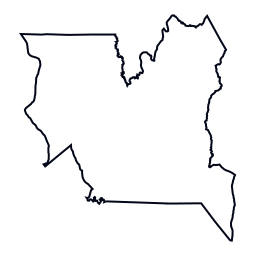 outline of Ngabwe, Central, Zambia
{"feature_id": "96606910B70902538429016", "entity_name": "Ngabwe", "entity_type": "district", "adm_level": 2, "iso_a3": "ZMB", "parent_name": "Zambia", "parent_adm1": "Central", "projection": "equal_earth", "projection_center": [27.56, -14.095], "detail": "fine", "context": "isolated", "style": "outline", "palette": "ink", "viewbox_px": 256, "rotation_deg": 0, "n_neighbors": 0, "source": "geoboundaries", "source_scale": "gbopen_adm2", "svg_char_len": 5710}
<svg xmlns="http://www.w3.org/2000/svg" viewBox="0 0 256 256"><path d="M231.8,240.6L232.5,235.4L232.6,231.5L232.5,230.1L231.1,226.3L231.0,222.6L232.6,217.6L232.7,215.5L233.4,212.4L233.3,211.1L233.7,210.0L234.0,206.9L234.8,205.4L234.8,204.8L234.3,201.4L234.1,201.2L234.1,199.0L233.6,197.9L233.6,196.6L232.8,193.9L231.9,186.3L232.0,185.2L232.6,183.2L233.1,180.5L233.9,178.4L234.0,177.2L235.1,175.0L231.8,172.7L228.3,171.0L226.4,170.5L224.2,169.3L221.4,166.9L219.6,164.6L215.9,165.1L213.6,164.8L211.5,166.1L210.2,167.2L209.7,167.2L209.0,166.6L209.3,165.3L209.6,165.0L209.6,163.7L210.2,162.2L209.9,161.0L210.4,160.1L210.4,159.5L210.1,159.3L210.2,158.4L212.4,156.3L213.0,155.1L212.8,154.5L212.3,154.9L212.0,154.8L211.8,153.5L211.1,152.6L211.9,151.3L210.5,149.9L211.4,148.9L210.8,147.6L211.3,147.0L211.3,144.6L211.7,142.6L211.5,141.4L211.8,140.5L210.9,139.1L211.3,137.4L210.9,136.4L210.8,135.4L207.9,129.9L206.1,129.3L206.5,127.5L205.9,125.7L206.0,124.1L205.1,122.4L205.1,121.6L205.4,121.1L206.6,120.5L206.5,119.6L207.0,118.4L206.8,117.1L207.2,115.6L206.8,115.0L207.0,113.4L207.8,111.9L207.9,111.1L208.5,109.8L208.2,109.3L208.0,107.3L208.3,106.7L208.3,104.7L209.0,103.1L209.1,102.2L209.3,101.9L209.2,100.9L209.6,99.1L210.8,97.8L211.2,96.5L211.2,95.7L212.4,94.4L214.1,93.4L214.4,92.8L215.1,92.2L215.3,91.1L217.9,90.5L218.6,90.2L219.9,88.8L220.5,88.8L220.9,88.0L220.7,87.7L220.8,86.8L221.7,86.0L221.4,84.5L220.4,83.8L219.9,83.0L219.8,81.9L219.4,81.6L219.5,80.6L219.8,80.3L219.7,78.6L220.0,77.6L219.6,77.1L218.6,77.1L218.1,76.7L218.1,75.2L217.7,74.4L217.6,73.5L216.7,72.1L216.3,71.2L216.3,70.2L216.6,69.2L216.2,68.5L215.8,66.1L215.6,65.7L217.6,64.4L218.4,64.2L219.3,64.5L220.1,63.9L220.9,62.2L220.5,60.7L220.6,59.2L221.9,57.3L223.0,56.4L223.8,54.0L224.5,53.1L224.8,51.1L225.6,50.6L226.0,49.7L220.6,40.5L207.1,15.9L204.7,18.9L203.8,21.8L202.9,23.6L202.1,24.1L201.7,24.8L200.9,24.3L199.8,24.2L197.8,26.0L197.0,26.4L196.2,26.4L195.8,27.4L194.4,26.2L192.6,25.9L190.8,26.0L190.6,25.4L190.3,25.2L189.7,25.3L189.3,25.9L188.8,26.1L185.5,25.7L185.2,24.8L184.8,24.3L183.6,23.6L183.0,23.6L183.1,23.4L182.9,23.3L182.9,22.7L182.6,22.6L182.5,22.8L181.9,22.6L181.8,22.8L181.3,22.9L180.6,21.4L179.0,20.9L178.9,20.7L179.0,20.4L178.0,19.8L177.5,18.5L176.0,17.1L175.6,16.5L174.8,16.4L174.2,16.0L174.0,15.4L173.6,15.4L172.3,15.5L171.5,16.0L170.1,18.2L167.5,21.2L166.7,22.5L166.8,24.1L167.4,25.9L168.1,28.8L168.2,30.4L168.0,31.1L167.6,31.4L165.8,31.3L163.9,28.7L163.4,29.3L162.7,29.7L162.4,31.1L163.2,36.7L162.6,38.6L162.6,39.6L162.3,40.3L161.3,40.8L157.3,46.1L157.0,48.1L157.1,49.0L155.6,51.5L155.1,53.4L154.9,55.4L154.1,58.9L154.3,60.7L154.0,60.8L152.2,60.2L151.4,59.6L151.0,58.0L151.4,56.6L151.2,55.8L150.8,55.4L149.8,55.5L149.2,54.5L148.0,53.8L146.7,52.3L143.8,52.3L142.1,53.1L140.4,55.2L139.9,57.9L141.0,60.6L141.3,62.5L140.9,65.2L141.2,66.8L143.0,71.0L142.6,72.7L142.2,73.1L141.8,73.1L140.4,72.5L140.0,72.6L139.6,73.1L139.6,74.1L139.2,75.0L138.8,75.3L138.1,75.2L137.3,74.6L137.0,76.1L137.9,77.5L138.0,78.0L137.8,78.4L136.9,77.8L136.8,76.5L136.6,76.4L136.0,77.7L134.9,78.4L134.4,78.1L134.2,77.2L132.8,77.3L131.6,78.3L130.6,78.5L129.9,79.3L129.5,80.8L129.7,81.4L130.3,82.0L130.5,83.4L129.9,83.9L129.2,83.9L128.1,84.4L127.3,85.7L127.0,84.8L127.3,83.8L127.1,83.3L126.5,82.9L126.3,83.0L125.7,82.3L125.7,81.6L125.2,80.7L125.4,80.4L125.3,80.1L125.1,79.5L124.7,79.4L124.7,78.2L124.3,77.6L124.1,77.7L124.1,77.2L123.7,76.6L123.3,76.5L123.3,77.0L122.7,77.1L122.5,76.2L121.5,75.4L121.8,74.6L121.6,73.4L122.0,73.5L122.3,74.0L122.5,72.7L123.1,72.3L123.4,72.6L123.6,73.4L123.8,73.2L123.7,72.1L123.1,71.9L122.6,71.2L122.7,69.7L122.4,68.9L122.2,67.0L122.6,65.7L122.3,64.8L122.8,64.3L123.3,64.4L123.8,63.5L123.5,63.0L123.4,61.5L122.9,61.4L122.4,60.2L122.7,59.4L122.7,57.6L121.9,56.9L121.6,57.3L121.4,56.8L120.5,56.3L120.1,57.0L119.1,57.1L119.0,56.1L118.9,56.5L118.0,56.5L117.5,55.9L117.5,55.6L118.3,54.8L118.3,54.4L118.8,54.1L118.6,53.7L117.9,53.6L118.3,52.6L117.7,52.0L117.5,51.1L118.0,50.5L117.9,49.6L117.3,49.6L115.9,48.1L115.8,47.5L116.0,47.0L115.7,47.1L115.8,46.6L115.6,46.5L115.3,45.6L115.5,45.0L116.1,44.5L116.3,43.7L116.5,44.0L116.8,43.6L116.5,43.2L116.6,42.3L116.2,41.9L116.9,41.8L117.7,40.9L117.1,39.6L117.1,38.9L116.8,38.6L117.1,38.2L116.4,37.7L116.2,36.6L115.2,35.9L115.3,34.5L93.7,34.5L68.2,34.9L46.7,34.2L41.4,34.6L20.9,34.0L26.3,42.0L27.1,44.0L28.2,52.8L28.7,53.8L30.1,55.4L32.1,56.4L36.1,57.5L38.7,58.7L40.0,61.4L40.4,65.2L38.8,70.4L38.1,74.1L37.4,74.9L37.1,76.1L36.2,78.0L36.0,83.0L35.5,85.6L35.3,94.3L34.8,96.1L34.6,98.2L34.0,100.5L33.2,101.8L32.1,102.5L30.9,104.1L26.0,108.0L25.0,109.6L24.9,110.5L26.2,113.9L27.7,115.4L28.5,116.9L30.3,118.3L32.8,122.9L35.3,124.9L36.1,126.1L36.8,127.7L37.8,129.0L40.9,130.9L42.8,133.7L44.9,135.9L47.0,141.4L48.4,144.4L48.9,145.9L48.4,147.8L48.4,151.1L48.4,152.5L48.8,154.1L48.7,159.3L47.8,161.8L47.6,162.9L43.6,164.3L45.2,166.4L71.0,145.1L71.1,147.6L71.5,149.2L72.0,150.3L72.9,151.4L73.4,154.1L74.7,157.1L75.4,158.1L76.0,160.4L77.6,163.2L79.2,164.7L80.2,169.3L81.2,170.2L82.1,170.6L82.1,173.1L82.6,177.2L83.9,180.3L85.6,182.4L88.1,184.1L92.6,189.0L91.3,190.0L90.9,190.7L89.3,196.7L87.8,198.0L86.7,197.8L87.5,198.8L87.5,200.1L88.0,200.7L89.1,200.7L89.8,199.6L90.7,199.3L92.1,200.1L92.9,201.4L93.5,201.5L94.0,200.9L93.9,197.7L94.7,197.0L95.2,197.4L94.9,199.3L95.4,200.5L95.7,200.9L96.4,200.6L97.1,200.7L97.4,201.6L98.3,203.1L99.2,203.8L100.5,202.1L100.8,201.2L100.7,200.5L99.8,199.7L100.3,199.3L100.6,198.4L101.3,198.0L102.0,198.3L101.8,199.9L102.0,200.3L103.2,199.5L103.9,199.8L104.3,201.7L104.2,202.1L105.7,201.5L106.9,201.4L168.6,203.5L165.5,203.5L168.6,203.5L177.9,203.5L188.6,203.4L201.2,203.3L215.0,221.6L229.6,239.7L230.4,240.4L231.8,240.6Z" fill="none" stroke="#020617" stroke-width="2"/></svg>